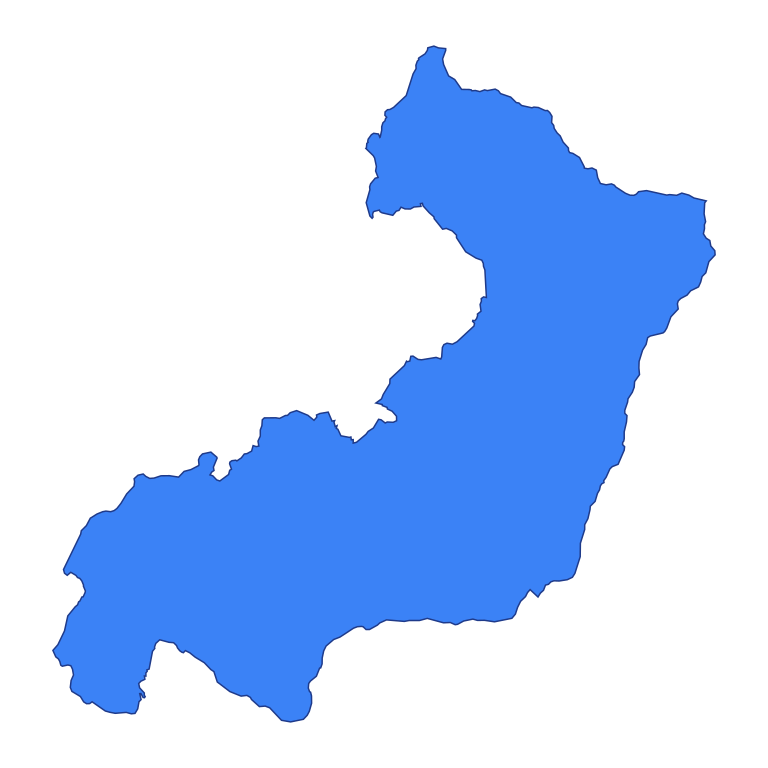 Bulz, Bihor, Romania
{"feature_id": "2599482B85347677454523", "entity_name": "Bulz", "entity_type": "district", "adm_level": 2, "iso_a3": "ROU", "parent_name": "Romania", "parent_adm1": "Bihor", "projection": "mercator", "projection_center": [22.68, 46.864], "detail": "fine", "context": "isolated", "style": "filled", "palette": "blue", "viewbox_px": 768, "rotation_deg": 0, "n_neighbors": 0, "source": "geoboundaries", "source_scale": "gbopen_adm2", "svg_char_len": 6057}
<svg xmlns="http://www.w3.org/2000/svg" viewBox="0 0 768 768"><path d="M135.0,713.4L137.7,708.9L139.0,701.7L141.1,699.6L139.7,693.6L140.9,693.5L143.1,697.5L144.5,697.7L145.2,696.6L144.3,695.3L144.3,693.0L139.6,687.8L138.7,683.5L140.9,681.2L144.9,679.3L144.4,676.0L145.9,676.1L145.9,672.9L147.2,671.3L146.9,669.9L149.1,669.1L152.5,651.3L154.8,648.4L154.5,647.1L155.8,643.4L159.7,639.8L169.0,642.3L173.6,642.7L176.6,645.6L177.5,647.9L179.7,650.7L181.8,652.2L183.4,652.7L185.4,650.6L189.8,652.8L195.1,657.1L204.3,662.7L210.9,669.6L213.9,671.6L217.3,682.0L229.9,691.6L241.1,696.1L246.9,695.4L250.4,697.4L251.5,699.5L259.4,706.6L265.2,706.1L269.7,707.8L281.5,720.3L290.6,721.9L303.4,719.3L307.2,715.3L309.3,711.3L311.6,703.2L311.5,695.9L310.6,692.2L309.6,691.7L308.3,688.1L308.7,683.5L310.4,681.1L316.4,676.2L319.6,668.1L320.7,667.9L322.1,663.9L322.2,658.0L323.7,650.9L326.1,646.0L333.7,639.5L339.9,637.1L353.5,628.2L357.4,626.7L361.6,626.4L363.2,626.8L366.0,629.5L369.5,629.5L377.4,625.1L379.8,622.9L386.5,619.9L404.3,621.4L409.2,620.5L419.5,620.5L427.3,618.4L443.5,622.8L450.3,622.5L455.2,624.7L457.6,624.3L463.7,621.0L472.9,619.1L477.5,620.4L484.4,620.3L494.5,621.8L511.9,618.3L515.4,614.1L517.6,607.3L520.6,601.3L525.5,596.6L527.5,592.6L530.1,589.6L538.0,597.0L540.4,593.1L543.5,590.3L545.5,585.1L548.5,584.3L550.8,581.9L553.9,580.8L559.1,581.0L567.3,579.7L572.4,577.3L574.9,573.4L580.2,556.7L580.4,543.2L584.7,529.5L584.7,524.7L587.9,518.7L590.0,509.7L590.3,506.2L595.1,501.4L597.5,493.3L599.5,489.9L600.4,485.8L601.9,483.7L604.0,482.6L603.7,480.7L606.1,477.3L609.9,468.9L612.3,466.6L618.1,464.3L624.2,450.2L624.6,446.7L622.6,444.6L622.7,442.4L623.7,441.2L624.2,438.8L624.2,431.9L626.5,421.9L627.0,415.6L624.8,413.3L624.8,410.3L627.6,402.1L628.0,398.8L632.3,392.3L634.2,387.2L634.6,381.6L639.5,374.6L638.9,368.0L639.1,361.4L642.6,350.1L646.1,344.4L647.7,337.6L650.3,336.0L663.1,332.9L664.7,331.5L666.8,328.0L670.9,316.8L678.2,309.0L677.4,303.8L678.2,301.0L680.7,298.5L687.1,295.1L690.6,290.8L698.5,286.9L700.7,282.0L702.1,276.5L705.8,272.8L708.9,261.6L715.1,254.9L714.8,250.7L710.8,246.0L709.8,240.5L706.2,238.2L703.4,233.8L704.5,228.7L704.4,224.7L705.6,221.7L704.1,213.8L704.7,202.8L706.2,200.9L694.0,198.0L688.9,195.1L681.8,193.1L676.7,195.3L669.6,194.6L666.8,195.1L646.5,190.6L638.6,191.7L636.4,194.1L634.0,195.3L630.1,195.2L625.5,193.3L615.8,187.0L614.4,185.2L611.5,183.9L606.1,184.8L600.4,183.5L597.7,177.7L596.3,170.1L592.0,168.0L587.9,168.8L584.3,168.1L584.2,166.7L579.5,157.5L572.9,153.4L569.6,152.6L568.5,150.5L568.4,148.0L563.1,142.1L560.2,135.9L557.1,132.9L554.2,128.4L553.7,125.4L551.6,122.6L552.0,116.3L549.7,112.5L547.5,110.5L545.2,110.6L538.3,107.5L533.9,107.1L531.9,107.8L521.6,105.5L518.9,103.0L516.3,102.6L510.7,97.1L500.5,93.6L498.4,90.8L495.2,89.1L487.4,90.6L484.6,89.9L479.9,91.6L475.3,90.5L471.9,90.8L471.3,89.9L469.2,89.5L461.6,89.4L454.8,79.6L448.6,75.9L443.6,64.5L442.6,58.9L445.7,50.4L445.7,48.6L438.5,47.9L433.9,46.1L427.8,47.8L427.4,50.3L425.0,53.9L419.1,57.7L418.5,58.5L418.8,59.7L417.3,61.2L415.9,65.2L416.1,68.6L413.1,73.9L406.2,95.6L393.6,107.4L389.9,109.5L387.5,109.7L385.1,111.9L384.9,115.3L386.7,117.2L385.5,118.7L385.0,120.8L382.9,122.8L381.7,126.7L381.7,130.2L380.2,137.1L379.9,137.4L378.5,134.0L373.7,133.3L371.4,134.7L368.2,139.1L367.7,141.4L368.1,142.3L366.8,143.4L366.4,147.8L365.8,148.4L373.2,155.6L374.6,158.0L376.4,166.5L375.6,171.0L378.1,177.5L375.2,178.2L370.6,183.8L369.6,186.8L369.9,189.7L366.2,202.7L369.9,216.0L372.1,218.3L373.0,217.2L372.6,214.3L373.2,212.2L374.1,211.4L379.4,210.1L380.1,211.7L382.0,212.8L392.8,215.3L396.3,211.1L399.0,210.4L401.0,207.2L405.0,208.9L410.4,209.0L414.0,207.0L421.0,206.4L420.4,203.6L422.4,203.3L423.1,205.9L429.3,212.8L433.9,216.8L434.2,218.7L442.6,229.2L446.3,228.4L452.2,230.9L456.5,235.1L456.5,237.7L465.7,251.8L476.0,258.1L481.8,260.2L483.3,263.4L483.5,266.3L484.9,270.0L486.4,297.5L483.6,296.9L481.2,298.6L481.4,301.2L480.1,304.5L481.0,311.2L477.4,314.1L477.6,315.6L476.6,318.5L474.9,320.7L472.8,320.4L472.6,321.4L474.5,323.3L474.0,326.0L457.0,341.8L452.4,344.2L447.0,343.2L443.9,344.6L442.4,347.4L441.7,356.8L440.8,359.0L436.1,357.4L421.5,359.8L418.0,359.4L413.0,356.1L410.8,356.3L409.8,361.1L407.1,361.7L406.5,361.2L404.4,365.6L390.0,379.1L389.8,383.6L383.2,394.5L381.5,398.9L375.9,403.0L382.3,404.5L382.3,405.6L387.1,407.4L387.4,409.0L392.1,411.2L396.5,416.2L396.6,420.7L393.2,422.3L387.2,422.0L385.2,423.0L381.1,419.8L378.6,419.3L373.4,428.0L368.2,431.4L366.0,434.3L356.5,442.3L353.2,443.1L353.2,439.6L351.3,439.8L350.9,437.0L349.4,437.4L340.9,435.8L337.9,429.3L336.3,428.4L337.0,425.7L335.2,426.6L334.0,422.2L334.7,420.6L332.0,421.1L328.2,412.1L319.9,413.5L316.5,415.0L316.8,417.1L314.0,420.3L307.9,415.3L296.6,410.6L290.2,412.7L287.5,415.4L285.4,415.5L279.6,418.4L275.8,417.8L264.3,417.9L262.3,419.8L261.9,425.7L260.3,430.0L260.3,436.1L258.0,441.1L258.8,446.1L256.2,446.6L253.1,445.6L251.6,451.1L247.0,453.6L244.3,454.0L241.3,457.9L236.9,460.9L235.8,460.2L231.9,460.7L229.9,462.1L229.6,463.8L231.5,469.2L229.7,470.3L228.6,474.5L219.8,481.0L216.7,479.9L212.8,475.8L210.0,474.9L211.7,472.1L214.0,470.5L213.4,467.1L217.1,458.1L216.8,457.2L210.9,452.1L202.5,453.9L199.8,456.7L198.5,459.9L199.0,464.7L198.6,465.6L190.9,469.6L184.1,471.4L178.6,477.1L169.4,475.7L161.0,475.8L154.0,478.1L149.7,478.4L145.8,476.4L143.2,474.0L138.0,475.2L134.1,478.7L134.6,481.7L134.0,486.2L126.7,493.9L121.0,503.3L116.9,508.5L114.1,510.6L110.7,511.7L105.9,511.1L102.7,511.7L97.0,514.0L90.3,518.2L86.4,525.6L81.3,530.7L80.7,534.1L63.5,569.5L64.5,573.2L67.2,575.3L70.8,572.3L76.0,575.4L77.5,577.5L79.8,578.4L81.8,580.9L83.5,585.0L83.4,586.1L85.4,591.0L85.1,592.5L83.2,596.8L81.9,597.0L79.9,601.0L78.6,601.9L77.6,604.8L75.2,606.8L67.8,615.9L64.5,630.9L57.9,644.7L52.9,650.4L55.8,656.9L58.4,658.9L59.8,661.5L60.8,665.2L62.3,666.2L67.9,665.0L70.8,665.7L72.5,669.2L73.5,675.0L71.1,680.5L70.3,687.4L71.9,691.4L80.4,696.5L83.7,701.9L86.6,703.7L89.6,703.6L92.1,701.8L105.3,711.0L110.0,712.3L115.2,713.3L126.3,712.4L131.3,713.8L135.0,713.4Z" fill="#3b82f6" stroke="#1e3a8a" stroke-width="1.5"/></svg>